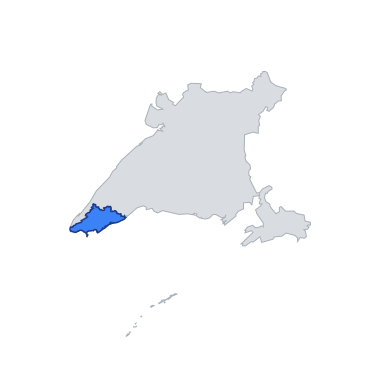 where Tamil Nadu sits in India, rotated 56°
{"feature_id": "IND-3263", "entity_name": "Tamil Nadu", "entity_type": "State", "adm_level": 1, "iso_a3": "IND", "parent_name": "India", "parent_adm1": "", "projection": "equal_earth", "projection_center": [78.435, 10.806], "detail": "fine", "context": "in_parent", "style": "filled", "palette": "blue", "viewbox_px": 384, "rotation_deg": 56, "n_neighbors": 0, "source": "natural_earth", "source_scale": "10m", "svg_char_len": 8979}
<svg xmlns="http://www.w3.org/2000/svg" viewBox="0 0 384 384"><g transform="rotate(56 192 192)"><path d="M90.8,162.6L94.8,161.6L95.3,158.3L102.4,159.7L107.2,157.4L108.8,159.0L111.1,157.5L108.6,145.7L105.9,145.3L104.8,143.4L105.3,137.9L100.9,135.7L101.2,132.2L107.4,123.8L110.1,126.7L117.5,124.4L120.9,117.1L124.8,114.6L128.2,106.3L131.2,104.9L131.9,101.8L136.9,96.3L136.2,95.0L136.5,89.2L141.8,85.7L141.2,84.3L137.5,83.2L137.4,80.8L135.3,80.7L135.0,78.7L133.0,76.9L134.0,74.1L132.9,72.2L134.7,70.2L132.4,69.0L132.9,67.6L131.7,66.3L132.9,63.9L135.2,62.9L144.6,65.2L150.5,63.2L158.6,56.4L160.2,56.6L160.0,58.6L162.1,64.3L166.4,67.0L164.8,69.6L165.3,74.1L167.5,77.1L168.1,83.1L166.1,84.4L164.6,82.2L162.5,82.9L164.8,88.0L164.9,93.7L167.4,93.0L170.0,96.7L174.5,98.5L174.8,100.6L180.4,104.2L176.3,108.2L174.0,116.4L186.4,125.3L192.1,127.1L192.5,128.5L196.4,129.9L201.9,128.8L205.5,130.5L206.1,132.9L210.0,135.6L212.2,134.8L213.8,137.0L229.2,139.0L230.2,135.8L228.9,132.1L229.8,124.5L232.7,123.2L234.3,124.0L234.1,128.5L235.1,130.4L234.1,131.7L237.0,135.0L241.3,136.1L245.3,134.3L248.1,135.4L256.8,134.6L257.2,130.6L253.7,128.1L253.9,126.3L260.2,125.2L264.7,118.3L268.2,117.4L273.8,112.0L279.2,114.5L283.4,110.8L285.7,112.6L284.2,114.1L284.4,115.6L286.4,114.4L287.5,117.0L285.7,120.3L287.8,119.8L292.9,122.1L293.2,124.6L290.2,127.9L292.0,132.2L289.3,130.2L285.6,130.9L278.6,137.0L278.9,142.2L275.3,148.9L276.4,151.4L272.8,162.4L267.1,160.7L267.7,169.4L266.3,170.4L266.5,177.9L264.9,180.2L263.5,178.9L262.5,180.3L259.7,164.2L257.4,164.2L255.5,170.9L254.1,168.8L253.3,169.7L252.1,165.2L253.4,160.4L256.9,159.4L258.4,157.4L259.1,153.0L260.8,152.4L257.8,150.3L246.5,150.4L242.3,149.2L242.0,143.1L240.9,140.6L240.1,142.5L238.8,142.5L236.3,138.8L235.0,140.2L231.7,137.3L232.3,139.1L229.9,143.6L236.1,149.5L232.7,150.1L229.8,155.4L234.8,158.7L233.9,164.3L235.1,168.3L236.5,168.9L237.8,183.4L236.4,182.5L235.6,184.1L234.8,179.0L234.5,183.3L232.3,182.4L231.2,183.6L231.6,178.8L229.8,176.6L231.4,179.0L229.9,181.8L224.0,184.8L222.4,187.3L223.3,192.4L221.8,196.1L219.2,199.0L218.2,198.6L218.0,200.1L213.5,202.0L213.0,200.2L211.2,201.4L210.7,203.0L212.6,202.7L207.9,207.5L203.2,215.4L190.9,226.9L190.2,232.1L186.6,234.3L183.2,234.2L181.1,239.8L178.7,238.5L176.1,240.3L174.4,246.4L176.3,261.8L175.2,259.6L174.5,260.6L176.6,263.0L171.9,282.9L173.0,284.0L173.0,292.6L169.2,293.2L166.5,300.0L167.0,302.2L169.9,303.6L166.8,302.9L162.7,304.5L161.0,306.6L160.1,311.5L156.1,314.5L152.8,312.2L149.1,306.5L147.5,301.1L146.9,296.4L148.5,300.3L147.6,296.5L143.2,282.4L137.6,270.7L133.6,252.0L130.6,246.4L129.8,240.7L128.7,240.3L126.3,233.0L123.2,212.1L124.2,208.4L123.9,207.2L122.9,208.9L122.7,207.9L122.8,205.8L124.1,206.0L122.6,205.2L121.8,200.7L123.6,192.7L121.7,186.1L122.5,185.1L121.7,185.2L125.2,182.5L121.2,183.0L122.3,180.4L121.1,180.3L121.3,178.6L123.1,177.9L118.7,177.6L119.4,179.3L117.6,181.8L119.1,184.6L117.4,188.1L110.3,192.1L106.5,191.1L96.1,177.4L96.7,176.0L98.3,177.4L104.7,174.7L107.0,169.8L101.1,172.9L98.1,172.1L94.0,168.9L92.5,165.3L95.1,162.7L91.2,165.1L90.8,162.6ZM266.2,280.7L264.8,277.5L266.6,274.0L266.8,263.0L268.3,261.2L267.1,267.1L268.0,271.0L267.1,272.0L266.2,280.7ZM274.8,322.8L274.9,327.6L273.7,324.9L274.8,322.8ZM264.8,290.3L263.8,290.4L263.7,288.4L264.8,287.0L264.8,290.3ZM271.5,315.1L271.4,316.5L271.2,315.2L271.5,315.1ZM272.6,313.2L272.2,315.0L272.3,313.1L272.6,313.2ZM273.9,321.1L273.5,322.5L273.2,322.0L273.9,321.1ZM267.2,303.8L266.5,303.9L266.9,303.1L267.2,303.8ZM266.0,281.4L265.3,282.2L265.6,281.0L266.0,281.4ZM268.3,275.9L268.6,277.2L267.8,276.2L268.3,275.9ZM269.7,312.8L269.2,312.6L269.4,311.9L269.7,312.8ZM266.0,267.0L265.7,268.4L265.9,266.9L266.0,267.0Z" fill="#d9dde1" stroke="#a8b0b8" stroke-width="1"/><path d="M173.0,287.8L173.1,289.9L173.1,290.3L173.2,292.0L173.1,292.9L173.1,293.0L172.7,293.1L172.6,292.8L172.4,292.7L171.5,292.5L171.4,292.6L171.7,292.7L172.0,292.9L172.4,293.0L172.5,293.1L172.4,293.2L170.9,292.8L170.9,292.7L171.3,292.5L171.3,292.4L171.2,292.4L170.7,292.4L170.8,292.6L170.2,292.7L169.8,292.6L169.1,293.1L168.9,293.4L168.8,293.8L168.7,293.9L168.6,294.1L168.7,294.9L168.7,295.2L168.9,295.4L168.6,295.6L168.4,296.0L167.9,296.8L167.8,297.2L167.6,297.4L167.6,297.7L167.2,298.2L166.8,299.0L166.7,299.3L166.5,299.6L166.4,300.0L166.4,300.5L166.3,300.9L166.3,301.1L166.4,301.4L166.6,301.7L167.2,302.4L167.4,302.6L167.7,302.7L168.7,302.7L169.2,302.3L169.4,302.4L169.4,302.5L169.3,302.8L169.5,303.1L170.2,303.9L170.1,304.0L170.0,303.9L169.5,303.4L169.0,303.1L168.1,302.8L167.8,303.0L167.5,303.0L167.1,302.8L166.8,302.8L166.6,302.8L166.4,303.0L166.1,303.0L165.8,303.1L165.6,303.3L165.3,303.4L164.9,303.7L164.6,303.7L164.4,303.8L164.4,304.0L163.2,304.3L162.9,304.4L162.6,304.5L161.4,305.8L161.2,306.1L161.0,306.7L160.9,307.5L160.8,307.9L161.1,307.8L161.2,307.6L161.2,307.8L160.9,308.1L160.8,308.4L160.7,308.6L160.7,308.8L160.6,309.2L160.7,309.5L160.6,310.5L160.2,311.1L160.0,311.7L159.6,311.9L158.2,313.0L158.0,313.5L157.8,313.6L157.0,313.8L156.7,313.9L156.4,314.2L156.5,314.5L156.1,314.5L155.6,314.4L154.7,314.0L154.4,313.8L154.0,313.5L153.2,312.5L153.2,312.4L153.4,312.4L153.5,312.3L153.6,311.9L153.9,311.2L153.9,310.8L153.9,310.6L154.0,310.7L154.3,310.4L154.4,310.1L154.3,309.8L153.8,309.3L153.7,309.0L153.7,308.4L154.1,307.6L154.2,307.0L154.1,306.8L153.8,306.5L153.6,305.5L153.9,305.2L154.0,304.9L154.2,304.3L154.6,302.6L154.8,302.1L155.1,301.3L155.3,301.0L155.3,300.7L154.9,299.8L154.6,299.8L154.3,300.0L154.2,300.0L154.0,299.9L153.8,299.7L153.7,299.7L154.1,297.9L154.0,297.0L154.3,296.2L154.0,295.1L154.4,294.0L154.4,293.7L154.2,293.5L154.1,292.9L153.9,292.5L153.8,292.3L152.9,292.8L152.5,293.2L152.2,293.5L151.8,293.4L151.5,293.0L151.2,292.7L151.2,292.1L151.1,291.8L151.0,291.5L151.0,291.1L151.1,290.8L151.1,290.3L151.1,289.5L151.2,289.3L151.4,289.2L151.5,289.1L151.5,288.6L151.6,288.1L151.6,287.9L151.3,287.8L151.2,287.2L150.7,286.9L150.3,286.7L150.1,286.4L150.0,286.1L150.1,285.6L150.3,285.6L150.6,285.7L150.6,285.3L150.4,284.6L150.2,284.3L150.2,283.9L150.3,283.6L149.8,283.9L149.1,284.0L148.8,283.9L148.5,284.0L148.4,283.9L148.4,283.7L148.6,283.3L149.0,282.9L149.1,282.7L148.9,282.5L148.7,282.1L148.4,282.0L148.1,281.7L147.3,281.4L147.0,281.3L146.9,281.1L146.8,280.8L146.9,280.5L146.9,280.3L146.9,280.1L147.1,280.1L147.3,280.2L147.6,280.2L147.9,279.8L148.2,279.6L148.4,279.2L148.5,279.0L148.8,279.0L149.0,279.1L149.2,279.7L149.3,279.8L149.6,279.8L150.6,279.7L151.1,279.9L151.2,279.7L151.3,279.1L151.5,278.7L151.8,278.1L152.2,278.0L152.4,277.9L152.5,278.0L153.0,278.6L153.3,278.2L153.7,278.1L154.0,278.1L154.3,278.0L154.6,278.1L154.9,278.3L155.4,278.3L155.6,278.1L155.8,277.4L156.0,276.9L157.1,276.7L157.3,276.5L157.7,275.7L157.9,275.4L158.0,275.2L157.8,274.5L157.5,274.3L157.3,274.2L155.9,274.2L155.9,273.9L155.8,273.7L156.3,273.2L156.5,272.9L156.8,272.3L156.9,271.5L156.8,271.4L156.6,271.4L156.6,271.1L156.5,270.8L156.7,270.2L156.8,269.7L157.1,269.6L157.4,269.6L158.0,269.2L157.9,268.9L158.1,268.3L158.2,267.9L158.5,267.7L159.0,267.7L159.1,267.9L159.4,268.3L159.6,268.4L159.9,268.0L160.1,268.0L160.6,268.5L160.8,268.7L161.3,268.8L161.6,269.4L161.8,269.7L162.2,270.0L162.5,270.1L162.9,270.0L163.2,269.5L163.3,269.0L163.5,269.1L163.8,268.7L164.1,268.0L164.2,267.1L164.3,266.6L164.4,266.4L164.7,266.2L164.9,265.9L165.9,265.7L165.9,265.8L166.0,266.1L166.3,266.0L166.4,265.7L166.6,265.6L166.9,265.7L167.0,266.0L167.4,266.2L168.0,266.1L168.2,265.9L168.7,265.1L168.9,265.1L169.0,265.2L169.6,264.6L169.9,264.4L170.0,264.2L169.9,263.9L170.0,263.7L170.1,263.4L170.2,263.2L170.5,263.2L170.7,263.3L171.1,263.8L171.8,263.7L171.8,263.8L171.9,264.1L172.1,264.3L172.5,264.4L172.6,264.1L172.3,263.9L172.3,263.7L172.6,263.7L172.8,263.6L173.2,263.4L173.8,262.9L173.8,262.5L173.9,262.4L174.1,262.1L174.4,261.9L174.5,261.8L174.5,261.7L174.3,261.4L174.7,261.5L174.9,261.5L174.8,261.9L174.8,262.0L175.2,262.0L175.5,262.1L176.0,262.0L176.3,262.5L176.4,262.4L176.6,263.1L176.5,264.1L176.4,264.1L176.4,264.4L176.5,264.4L176.5,264.6L176.3,265.1L176.4,265.5L176.2,265.8L176.0,266.9L176.0,268.1L175.9,268.8L175.8,269.3L175.8,269.7L175.5,270.3L175.4,271.0L175.2,271.6L174.8,272.7L174.5,273.0L174.3,273.5L174.1,273.7L173.8,274.0L173.7,274.1L173.8,274.1L174.1,273.9L173.6,275.0L173.4,275.6L173.2,275.9L173.1,276.0L173.1,276.4L173.0,276.7L172.9,276.7L172.6,277.0L172.3,276.8L172.5,276.6L172.4,276.4L172.1,276.5L171.9,276.2L171.8,276.3L171.7,276.5L171.9,276.7L171.9,277.0L172.0,277.1L171.9,277.5L172.0,277.6L172.2,277.8L172.8,277.8L172.7,278.2L172.6,278.3L172.6,278.5L172.3,280.3L172.4,280.7L172.5,281.4L172.6,281.8L172.7,281.7L172.8,281.6L172.8,282.2L172.8,282.3L172.5,282.3L172.3,282.3L171.8,282.9L171.8,283.1L172.3,282.6L172.5,282.4L172.9,282.6L172.9,283.4L173.1,284.4L173.1,285.9L173.0,286.2L172.7,286.1L172.2,286.1L172.3,286.3L172.3,286.5L172.2,286.5L172.1,286.4L172.0,286.5L172.0,286.8L172.3,287.0L172.5,287.1L172.6,287.5L172.8,287.7L173.0,287.8ZM176.2,261.4L176.3,261.8L176.4,262.2L176.1,261.5L176.2,261.4Z" fill="#3b82f6" stroke="#1e3a8a" stroke-width="1.5"/></g></svg>